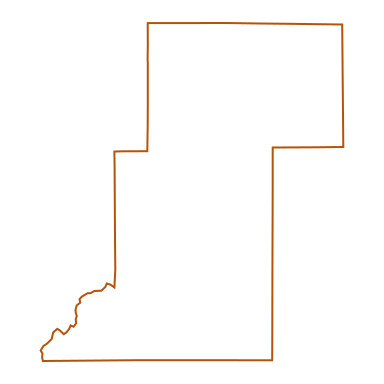 Ministro Andreazza, Rondônia, Brazil (orthographic projection)
{"feature_id": "56859067B65241232430905", "entity_name": "Ministro Andreazza", "entity_type": "district", "adm_level": 2, "iso_a3": "BRA", "parent_name": "Brazil", "parent_adm1": "Rondônia", "projection": "orthographic", "projection_center": [-61.644, -11.16], "detail": "fine", "context": "isolated", "style": "outline", "palette": "amber", "viewbox_px": 384, "rotation_deg": 0, "n_neighbors": 0, "source": "geoboundaries", "source_scale": "gbopen_adm2", "svg_char_len": 834}
<svg xmlns="http://www.w3.org/2000/svg" viewBox="0 0 384 384"><path d="M342.2,24.5L288.9,23.8L260.1,23.5L225.7,23.0L147.7,23.1L147.8,45.1L147.6,59.3L147.8,63.9L147.8,99.9L147.7,125.8L147.6,131.3L147.3,151.2L122.8,151.3L114.4,151.5L114.6,167.9L115.0,238.3L115.3,269.8L114.4,287.5L110.6,284.7L106.8,283.5L105.3,287.0L101.4,290.7L94.3,291.0L90.5,293.2L87.6,293.2L81.9,296.6L79.5,299.2L80.3,302.6L76.7,305.4L75.5,309.9L75.8,312.8L76.8,316.1L75.7,319.3L76.2,323.1L73.6,326.7L70.6,325.4L69.2,328.9L66.4,332.4L63.7,334.2L60.1,330.6L57.3,328.8L53.2,332.4L51.7,339.0L46.8,343.8L43.4,346.0L40.7,350.5L42.5,353.6L42.1,357.5L42.9,361.0L136.6,360.2L153.2,360.2L187.6,360.2L204.6,360.2L222.2,360.2L272.2,360.3L272.3,328.9L272.4,277.9L272.7,185.1L272.7,147.5L313.4,147.3L343.3,147.0L342.2,24.5Z" fill="none" stroke="#b45309" stroke-width="2"/></svg>